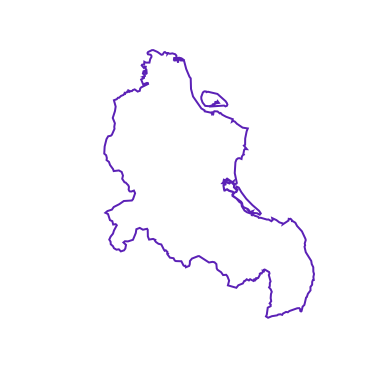 the district of Muisne, Esmeraldas, Ecuador, rotated 162°
{"feature_id": "8360857B78809265584676", "entity_name": "Muisne", "entity_type": "district", "adm_level": 2, "iso_a3": "ECU", "parent_name": "Ecuador", "parent_adm1": "Esmeraldas", "projection": "albers", "projection_center": [-79.984, 0.54], "detail": "fine", "context": "isolated", "style": "outline", "palette": "violet", "viewbox_px": 384, "rotation_deg": 162, "n_neighbors": 0, "source": "geoboundaries", "source_scale": "gbopen_adm2", "svg_char_len": 6085}
<svg xmlns="http://www.w3.org/2000/svg" viewBox="0 0 384 384"><g transform="rotate(162 192 192)"><path d="M158.5,48.9L154.4,49.2L149.2,48.4L147.8,48.8L145.7,48.4L144.2,47.3L143.0,48.3L139.6,48.9L138.0,48.0L136.2,48.7L127.8,48.9L125.9,48.4L125.3,47.0L125.8,45.5L125.2,44.7L124.6,44.9L122.2,48.8L120.0,49.9L116.1,56.4L115.3,56.6L113.2,59.4L109.7,61.8L108.7,65.1L106.4,66.7L105.5,69.3L104.3,70.9L103.4,70.7L102.8,73.7L101.3,76.3L101.2,78.8L99.9,83.0L100.4,86.4L99.9,89.6L102.4,99.6L101.9,105.2L100.9,106.3L100.7,108.2L98.7,111.1L98.6,112.5L99.6,120.6L102.6,127.3L103.2,130.8L105.1,133.1L105.6,133.3L106.1,132.6L105.7,134.2L106.3,135.9L105.9,136.3L107.0,135.9L108.3,136.6L109.1,135.0L115.6,133.2L115.1,133.9L118.3,136.1L120.4,139.2L123.8,142.4L124.0,140.4L125.5,139.7L127.7,142.2L129.2,142.6L134.5,146.2L136.5,146.8L136.8,148.0L139.9,150.2L141.3,152.1L142.7,150.7L141.7,152.5L145.9,155.7L147.8,158.1L149.0,163.0L148.5,166.1L150.0,167.8L151.8,172.1L154.7,175.7L154.4,177.1L152.8,178.2L152.9,179.2L156.4,181.6L158.0,183.7L160.4,183.2L160.7,183.5L160.8,184.2L160.1,188.4L159.7,188.9L158.1,189.0L158.1,191.4L156.6,191.7L157.8,193.2L159.2,191.2L160.0,190.7L160.4,190.9L159.2,191.6L157.9,193.8L156.2,192.4L155.4,193.0L155.6,194.2L155.3,193.6L154.5,193.9L150.5,188.8L149.0,189.4L149.9,188.2L149.3,186.2L147.2,186.2L146.6,186.7L145.5,196.8L141.5,206.9L139.6,209.2L137.8,209.8L136.4,209.5L134.7,208.1L133.6,210.3L132.1,211.5L131.1,211.6L131.3,212.5L129.4,215.9L128.4,216.5L126.6,215.8L128.3,220.1L126.9,220.5L124.9,226.4L121.3,232.8L119.3,235.2L124.0,237.6L128.2,243.0L129.5,245.7L130.9,246.9L132.1,246.6L130.7,248.6L136.3,253.0L139.4,256.2L140.4,258.3L141.3,258.2L142.8,260.7L145.8,261.9L147.7,260.5L148.8,260.7L148.8,259.7L148.1,260.0L147.7,259.5L148.6,258.5L147.9,259.6L148.9,259.6L149.0,260.7L147.6,260.8L147.2,261.4L150.0,261.9L155.0,264.8L154.8,265.7L157.3,268.6L161.5,282.5L161.1,290.3L158.1,300.5L158.8,302.4L159.5,310.8L159.0,319.5L162.1,320.6L164.3,323.2L167.2,324.7L167.9,322.8L165.3,322.6L164.7,322.2L164.8,320.3L165.3,319.3L165.2,322.3L167.7,322.3L168.4,323.2L167.6,324.9L165.3,324.5L164.7,326.6L165.4,328.2L167.8,329.9L170.3,330.3L171.7,331.4L172.6,330.9L172.2,331.7L173.6,332.1L174.5,333.5L175.5,333.4L177.4,331.8L178.7,332.0L181.5,335.8L184.8,338.8L186.2,339.3L190.5,338.7L191.4,337.9L191.3,336.6L188.9,335.3L188.5,334.2L188.8,333.0L190.7,331.3L192.5,328.2L196.0,329.4L197.1,330.6L198.1,328.1L200.1,328.5L200.7,328.0L199.5,325.0L198.2,325.8L197.3,325.4L198.1,324.1L197.6,322.4L198.4,318.9L198.9,318.6L199.8,319.1L199.2,321.9L200.8,321.8L202.1,319.8L200.8,317.9L200.9,316.9L203.2,316.7L202.2,315.9L202.4,315.3L205.6,314.7L205.2,309.4L201.1,309.7L200.3,309.2L200.4,308.3L208.1,307.2L209.3,306.4L210.4,304.4L212.6,304.3L214.8,307.3L216.7,307.2L218.0,306.5L219.0,306.9L220.7,306.6L221.0,307.0L220.4,307.6L221.2,308.4L222.2,307.1L222.7,307.4L223.1,306.9L224.7,306.9L224.3,306.1L225.2,306.9L225.5,306.0L226.1,306.3L227.2,305.5L229.8,305.3L232.2,304.2L233.3,304.5L234.9,303.5L237.9,303.4L238.2,296.8L240.3,292.7L244.5,286.9L244.1,281.2L245.8,278.0L246.2,276.0L250.5,271.2L251.8,270.6L254.5,270.9L257.0,268.7L261.0,262.3L263.6,255.6L262.3,253.5L262.5,250.6L263.4,248.8L261.7,246.3L261.6,243.0L260.0,238.1L260.0,236.1L254.9,235.1L252.7,232.8L252.6,228.9L254.3,226.1L253.2,222.1L252.2,221.5L250.5,218.0L250.4,216.3L251.5,213.9L251.4,212.6L250.9,211.7L249.5,211.2L246.8,211.3L246.5,208.4L250.3,203.4L251.8,202.5L259.6,204.5L264.9,202.9L271.1,201.9L273.6,200.0L278.3,200.0L280.8,199.0L278.7,197.0L278.7,190.6L276.8,188.9L277.0,185.4L274.5,185.0L273.8,183.6L278.1,179.5L280.0,176.8L283.1,174.8L285.4,172.3L284.8,170.0L285.4,167.4L283.9,164.9L283.6,162.7L281.7,160.5L279.3,160.1L278.0,157.5L274.7,157.5L272.9,158.8L271.1,162.1L272.8,165.2L271.0,165.9L268.2,164.8L262.9,164.8L258.2,170.3L256.4,173.8L252.8,174.0L250.3,171.3L246.1,170.9L245.8,169.7L247.7,163.4L247.5,160.0L243.5,159.4L241.7,157.8L242.3,157.2L241.7,155.5L239.9,153.1L237.4,151.6L236.5,145.6L236.1,144.5L235.0,144.7L233.9,142.6L234.5,141.5L233.9,140.8L234.6,140.3L233.3,136.4L230.0,134.7L229.6,132.2L228.7,131.3L223.5,129.4L222.8,124.8L222.1,124.0L221.1,123.9L221.1,122.3L217.5,122.6L216.4,124.1L215.3,127.0L212.6,128.7L206.1,129.1L205.0,128.8L197.6,119.7L194.0,119.2L192.3,118.2L191.1,115.9L192.1,111.7L191.8,110.2L189.1,106.7L188.1,103.4L185.1,102.7L184.4,100.9L184.1,96.2L186.7,92.1L179.4,87.2L176.7,89.0L171.9,89.3L169.7,91.3L168.8,91.1L167.0,92.1L165.2,90.3L163.7,91.1L161.1,88.5L160.6,89.0L159.7,88.3L158.8,88.8L159.1,89.6L157.6,89.4L157.5,90.2L155.6,89.8L153.1,92.2L152.8,93.3L151.9,93.6L151.0,93.0L149.6,94.1L148.7,94.1L148.9,95.3L147.9,94.9L147.7,95.8L146.8,95.8L143.4,92.0L143.5,90.5L144.6,89.3L144.9,82.7L146.1,81.4L147.1,78.4L148.2,77.5L147.2,75.1L147.0,72.4L148.4,70.6L150.0,66.7L150.4,63.7L152.6,62.0L151.9,60.6L152.5,59.1L155.7,58.6L158.8,52.2L160.1,50.8L158.5,48.9ZM134.8,264.3L133.7,263.1L132.2,263.2L131.3,264.2L131.4,265.9L132.0,268.0L137.5,277.4L145.8,282.4L147.4,282.5L147.6,283.3L149.2,283.9L150.9,283.3L153.8,279.6L154.4,277.5L154.3,273.8L152.8,269.8L147.7,267.7L147.7,268.2L146.3,268.0L145.2,268.9L144.7,269.0L143.7,268.4L142.4,269.2L139.2,268.7L139.7,270.2L140.3,269.3L140.7,269.2L141.6,269.3L142.1,269.9L141.9,270.4L141.1,270.2L141.9,269.8L140.6,269.3L139.6,270.4L138.9,268.4L142.4,269.0L143.8,268.1L144.9,268.8L147.2,267.4L134.8,264.3ZM140.4,153.2L136.7,151.7L134.6,149.5L133.2,150.4L134.0,153.3L138.6,160.9L142.5,168.8L145.1,176.5L146.2,181.8L148.1,183.5L148.7,181.7L148.1,179.9L149.8,178.3L151.2,178.4L153.4,177.3L154.3,175.8L148.3,167.6L147.8,165.8L148.2,163.4L147.5,161.5L144.1,158.5L143.9,157.2L142.6,156.5L143.9,156.8L142.7,155.0L140.3,155.1L141.3,154.3L140.4,153.8L140.4,153.2ZM152.5,178.3L150.0,178.6L148.8,179.8L150.7,183.5L149.8,185.7L151.5,189.0L152.2,189.3L153.7,188.5L157.5,191.4L157.8,188.8L159.6,188.7L160.1,188.1L160.7,183.7L157.7,183.8L156.3,181.9L153.1,179.7L152.5,178.3ZM154.8,192.5L156.2,191.5L156.1,190.6L154.2,189.2L153.0,189.0L152.0,190.2L154.8,192.5ZM161.6,320.7L159.5,320.8L160.7,322.4L162.8,323.7L164.2,323.8L161.6,320.7Z" fill="none" stroke="#5b21b6" stroke-width="2"/></g></svg>